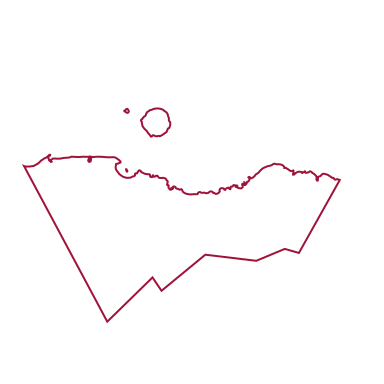 outline of Bogia District, Madang, Papua New Guinea, rotated 332°
{"feature_id": "67681753B59522358603410", "entity_name": "Bogia District", "entity_type": "district", "adm_level": 2, "iso_a3": "PNG", "parent_name": "Papua New Guinea", "parent_adm1": "Madang", "projection": "orthographic", "projection_center": [145.006, -4.34], "detail": "fine", "context": "isolated", "style": "outline", "palette": "rose", "viewbox_px": 384, "rotation_deg": 332, "n_neighbors": 0, "source": "geoboundaries", "source_scale": "gbopen_adm2", "svg_char_len": 6022}
<svg xmlns="http://www.w3.org/2000/svg" viewBox="0 0 384 384"><g transform="rotate(332 192 192)"><path d="M56.3,266.7L117.0,248.9L118.7,264.9L174.3,253.6L216.4,282.9L247.2,285.8L257.8,296.0L328.1,250.8L327.1,249.6L326.6,249.1L325.5,248.6L324.8,248.5L324.0,248.2L323.7,247.6L323.7,246.6L323.5,246.0L323.1,245.6L322.5,245.4L320.3,241.2L319.5,240.1L317.6,238.3L316.8,237.7L316.2,237.4L315.4,237.4L312.9,238.2L312.2,238.2L311.3,237.9L310.3,237.9L309.7,238.7L308.9,240.4L308.5,240.9L307.8,240.7L307.7,239.5L308.3,238.7L309.1,236.9L309.1,235.9L308.4,233.6L307.2,231.6L307.0,230.5L306.6,229.8L305.8,229.1L304.1,229.3L302.1,228.8L301.5,228.5L301.3,227.7L301.5,226.9L301.2,226.7L300.6,227.2L300.2,227.1L299.3,226.6L298.7,227.0L298.4,227.0L298.1,226.8L298.2,226.0L297.8,225.5L296.2,224.4L295.0,223.9L292.1,223.9L291.5,224.2L290.6,224.5L290.1,224.5L289.4,224.1L289.8,223.3L290.3,223.0L290.8,222.4L291.1,221.4L291.6,220.9L291.5,220.5L290.2,220.5L289.5,220.1L288.5,219.2L288.2,218.7L288.0,217.8L287.3,216.8L286.3,214.9L284.8,214.0L285.3,213.4L285.3,212.9L284.4,210.6L283.2,209.3L281.3,208.0L279.8,207.4L279.2,206.6L278.3,205.9L277.4,205.5L276.1,205.5L275.2,205.7L274.1,205.6L270.6,204.7L267.1,204.4L265.1,204.4L261.8,205.3L260.8,205.8L259.6,206.2L257.8,206.4L256.6,206.4L254.8,207.3L252.9,207.8L250.8,207.8L250.0,207.2L250.0,206.0L249.6,205.5L248.9,205.4L248.6,205.6L248.7,206.1L249.2,206.7L249.1,207.4L248.0,208.5L247.0,209.1L246.3,209.1L245.7,208.9L245.1,209.0L244.3,210.1L242.3,210.8L241.8,210.7L241.2,210.0L240.9,209.0L240.5,208.5L240.1,208.6L239.8,208.8L239.6,209.8L239.6,210.4L239.2,211.3L238.8,211.6L237.5,211.9L236.9,211.8L235.2,210.6L234.2,209.5L234.2,209.0L234.9,208.0L234.7,207.3L234.4,207.2L233.7,208.1L233.3,208.2L233.0,207.9L233.0,207.5L233.5,207.0L233.4,206.5L232.1,205.5L231.5,205.5L230.7,206.1L230.1,206.1L229.1,205.6L228.8,205.6L228.4,205.8L227.8,206.5L227.6,207.1L227.2,207.5L226.6,207.1L226.3,205.5L225.9,205.1L225.4,205.0L223.5,205.0L222.9,205.2L222.4,205.7L222.1,205.6L221.7,205.2L221.7,204.0L221.2,203.3L219.5,202.3L218.7,202.3L217.9,202.7L217.2,203.2L216.9,203.7L216.8,204.5L216.4,204.8L215.8,205.1L215.2,205.1L214.5,205.4L213.4,205.3L212.2,204.9L211.6,204.2L211.3,203.4L210.9,203.0L210.4,202.9L210.2,202.6L210.2,201.9L209.7,200.9L209.2,200.4L208.3,200.1L207.3,200.1L206.7,200.3L205.7,200.4L204.9,200.2L203.5,199.4L202.5,198.3L200.5,197.5L199.8,196.9L199.4,196.2L198.9,195.7L198.1,195.5L197.2,195.5L196.2,196.3L195.6,196.4L192.2,194.6L189.6,193.5L187.3,191.9L185.5,190.2L184.8,189.2L184.0,187.3L184.3,185.4L184.1,184.7L183.9,184.5L182.4,184.3L181.9,183.8L181.7,183.4L181.3,182.9L180.3,182.1L179.5,180.9L179.7,179.8L179.3,179.2L178.7,178.7L178.3,178.4L177.6,178.6L177.4,178.8L177.0,179.8L176.6,180.1L176.0,180.2L175.6,180.1L175.5,178.9L175.2,179.0L174.6,179.8L174.3,180.0L173.6,179.5L173.3,177.2L173.4,176.8L174.3,175.6L174.4,175.1L174.2,174.8L173.5,174.4L173.4,174.1L173.6,173.5L174.5,172.7L175.5,171.3L175.5,170.7L175.1,169.9L175.2,168.6L175.0,167.7L173.0,165.8L172.2,165.6L169.9,164.3L169.3,163.3L169.2,161.8L169.1,161.5L168.5,161.0L167.7,160.8L167.3,161.1L166.8,161.1L166.0,160.7L163.3,159.9L162.7,159.4L162.4,158.9L162.4,158.4L162.6,157.9L163.0,157.3L162.8,156.6L162.4,156.1L161.3,155.7L160.5,154.9L159.3,154.1L158.7,153.5L157.9,152.5L157.4,151.6L156.6,150.8L156.7,149.9L156.2,148.6L155.8,148.2L155.4,148.1L154.7,148.2L154.2,148.7L153.2,148.9L152.2,149.7L151.9,149.7L150.9,149.1L150.4,149.1L150.0,149.5L149.5,150.5L149.0,150.8L147.9,150.8L146.8,150.4L145.0,150.5L144.3,150.4L141.2,149.0L139.4,147.4L138.0,145.8L136.2,142.0L136.0,140.0L135.8,139.4L135.5,136.7L135.8,135.0L137.1,133.0L137.8,131.9L138.2,131.6L138.9,131.8L139.5,132.1L140.0,132.2L141.3,132.1L142.5,132.4L142.8,132.3L143.2,131.5L142.4,129.0L141.7,127.9L141.1,126.4L139.9,125.0L138.6,124.2L136.1,123.0L132.1,120.7L129.4,118.9L125.4,116.6L121.2,114.7L120.0,114.0L118.6,112.7L118.4,112.6L118.1,112.7L118.2,113.4L117.5,114.1L117.3,114.8L117.4,115.0L117.7,115.1L118.2,115.0L119.2,114.2L119.4,114.3L119.3,114.5L118.2,115.5L117.8,116.3L116.8,117.4L115.6,117.3L115.2,116.9L115.0,116.2L115.1,115.5L116.2,114.3L117.5,113.5L117.7,113.1L117.5,112.5L117.3,112.3L115.3,111.4L112.4,109.7L108.2,107.9L102.3,104.3L100.0,104.0L94.7,101.7L91.1,100.6L88.8,99.4L86.2,97.8L84.8,97.2L84.4,97.2L83.3,97.5L82.2,97.3L81.9,97.8L82.2,99.3L81.6,99.2L81.6,98.9L80.7,97.1L81.2,94.8L81.0,93.8L81.8,93.5L82.2,93.2L82.0,92.7L81.0,92.8L79.8,93.2L77.2,93.0L75.7,93.3L74.0,93.3L69.6,94.6L64.5,94.7L60.9,93.4L57.9,91.9L56.4,90.9L55.9,90.3L56.3,266.7ZM193.5,100.0L193.1,100.0L192.2,100.3L190.2,100.3L189.2,100.9L188.4,101.2L187.1,102.6L186.2,102.9L185.0,103.0L183.6,103.4L182.7,104.1L181.4,104.2L181.0,104.4L180.5,104.9L180.7,106.4L180.2,107.1L180.0,108.1L179.6,109.2L179.6,109.7L179.2,110.4L179.6,113.5L180.8,117.3L180.8,119.1L181.4,121.0L181.7,123.7L182.2,124.1L182.4,124.1L182.7,123.9L183.1,123.9L183.7,123.5L184.2,123.5L184.7,123.9L185.2,124.7L186.9,126.3L189.0,126.8L189.6,127.5L190.1,127.7L192.9,127.7L193.8,127.5L194.8,127.5L195.1,127.3L197.4,127.2L198.5,126.5L200.5,124.7L201.9,124.7L202.8,124.1L204.1,122.8L205.4,120.5L205.5,119.8L205.2,119.2L205.2,118.0L206.4,115.6L206.4,114.3L206.8,112.4L207.0,112.2L207.0,111.1L206.9,109.9L206.2,108.3L205.7,107.6L205.0,105.7L203.4,103.9L201.6,102.5L199.8,101.5L198.6,101.2L197.9,100.8L196.9,100.6L194.9,100.5L193.5,100.0ZM173.8,88.2L173.4,88.0L172.5,88.0L171.6,88.6L170.5,88.4L170.2,88.7L170.2,89.0L171.0,89.9L171.0,90.5L171.6,91.3L172.3,91.9L173.1,91.8L173.7,91.6L174.0,91.2L174.2,90.6L174.2,89.1L173.8,88.2ZM116.8,116.7L117.1,116.2L117.2,115.6L117.1,115.2L116.6,114.8L116.3,114.8L115.9,115.2L115.7,116.2L116.1,116.8L116.8,116.7ZM144.3,143.5L144.7,143.2L144.9,142.7L144.7,142.1L144.8,141.2L144.6,141.0L144.2,141.4L144.1,141.8L144.0,143.3L144.3,143.5ZM83.8,93.1L84.2,92.6L83.9,92.3L83.4,92.2L83.2,92.5L83.1,92.8L83.4,93.1L83.8,93.1ZM165.0,159.8L165.6,159.4L165.6,159.2L165.2,158.9L164.6,159.3L164.6,159.6L165.0,159.8ZM242.9,208.7L242.9,208.1L242.7,208.0L242.6,208.8L242.9,208.7Z" fill="none" stroke="#9f1239" stroke-width="2"/></g></svg>